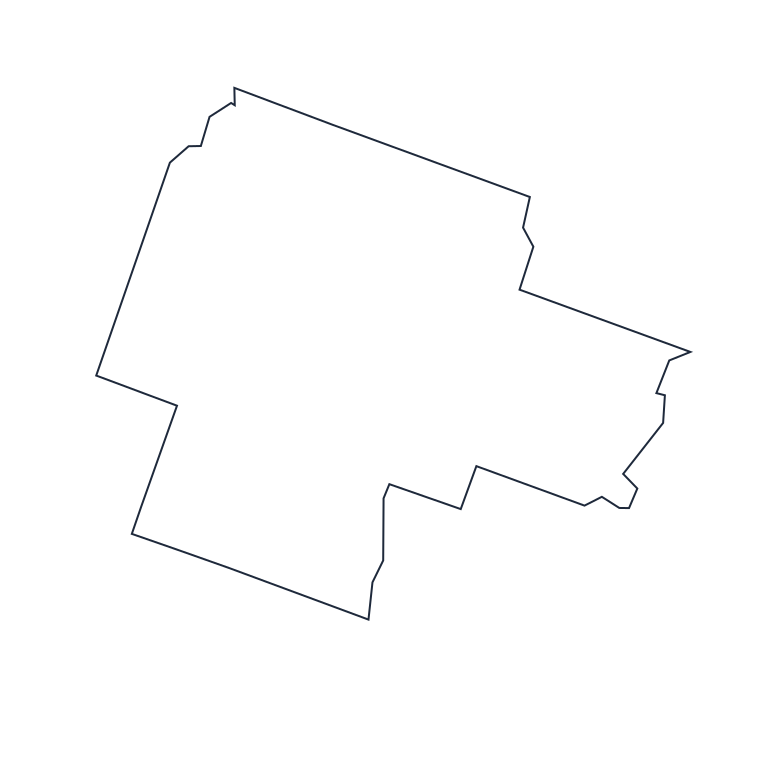 outline of Bienville, Louisiana, United States of America, rotated 200°
{"feature_id": "52423323B2528057898342", "entity_name": "Bienville", "entity_type": "district", "adm_level": 2, "iso_a3": "USA", "parent_name": "United States of America", "parent_adm1": "Louisiana", "projection": "natural_earth1", "projection_center": [-93.107, 32.366], "detail": "fine", "context": "isolated", "style": "outline", "palette": "slate", "viewbox_px": 768, "rotation_deg": 200, "n_neighbors": 0, "source": "geoboundaries", "source_scale": "gbopen_adm2", "svg_char_len": 622}
<svg xmlns="http://www.w3.org/2000/svg" viewBox="0 0 768 768"><g transform="rotate(200 384 384)"><path d="M657.3,293.5L571.1,292.8L570.2,185.5L569.7,156.9L520.9,157.6L466.7,158.1L318.0,157.3L327.0,193.7L324.4,217.9L345.3,276.4L344.7,291.7L269.1,292.7L269.1,338.4L154.0,338.3L140.7,352.5L120.5,348.0L111.3,351.2L110.2,372.4L128.5,381.3L108.4,442.9L116.2,469.5L124.9,468.6L124.0,503.7L107.1,518.9L288.9,519.0L290.6,564.1L306.8,578.5L310.9,609.6L520.7,610.0L625.9,611.1L619.6,594.9L623.8,595.8L639.3,575.4L637.5,545.0L648.9,540.6L660.9,518.8L659.5,433.9L657.3,293.5Z" fill="none" stroke="#1e293b" stroke-width="2"/></g></svg>